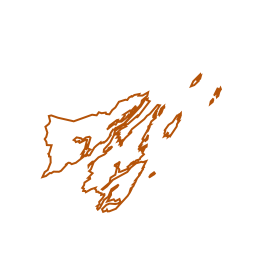 Bodø nor, Nordland, Norway, rotated 143°
{"feature_id": "86288312B60983517204025", "entity_name": "Bodø nor", "entity_type": "district", "adm_level": 2, "iso_a3": "NOR", "parent_name": "Norway", "parent_adm1": "Nordland", "projection": "robinson", "projection_center": [14.703, 67.257], "detail": "fine", "context": "isolated", "style": "outline", "palette": "amber", "viewbox_px": 256, "rotation_deg": 143, "n_neighbors": 0, "source": "geoboundaries", "source_scale": "gbopen_adm2", "svg_char_len": 5923}
<svg xmlns="http://www.w3.org/2000/svg" viewBox="0 0 256 256"><g transform="rotate(143 128 128)"><path d="M181.7,184.2L184.0,185.2L186.1,180.3L188.5,178.9L193.2,178.7L195.2,172.8L198.6,170.1L201.2,169.3L201.5,166.1L203.1,163.2L199.4,160.2L206.0,155.4L207.2,155.3L207.1,154.2L208.2,152.8L207.2,151.7L210.6,146.9L217.3,142.8L221.1,142.9L225.9,140.3L222.4,139.0L217.5,139.1L216.5,138.1L213.7,137.9L209.5,134.6L207.3,134.1L199.2,135.6L199.3,136.2L196.5,136.1L195.4,135.1L194.7,133.0L190.5,131.6L180.2,131.8L179.2,132.3L181.9,133.1L178.3,135.0L180.0,135.5L171.2,138.8L171.0,139.3L172.4,139.4L167.9,143.1L169.0,144.1L175.5,145.2L175.7,145.9L174.7,147.0L178.1,148.2L177.8,149.3L178.6,151.1L174.7,151.4L171.7,148.1L171.4,146.7L171.8,145.7L167.2,145.7L164.1,144.2L163.8,142.8L172.2,136.5L173.6,136.8L174.9,136.1L172.1,136.4L172.3,135.7L171.0,133.5L174.2,133.4L179.4,131.0L176.4,130.9L176.3,129.9L174.9,129.3L166.7,132.6L163.7,132.9L158.3,133.0L158.7,131.9L156.2,131.5L156.1,130.8L152.4,130.9L146.3,132.7L146.6,133.3L144.5,134.5L140.8,135.8L139.9,134.9L137.1,135.8L138.1,135.2L128.4,133.9L115.2,136.4L117.4,137.7L120.6,137.1L120.1,138.0L123.9,137.1L129.3,137.0L132.9,139.2L135.8,138.1L136.9,139.6L145.8,139.4L140.4,140.2L142.5,140.4L141.3,141.0L132.2,141.0L130.9,140.4L131.3,140.0L130.7,138.1L129.7,138.1L123.1,139.7L122.6,140.5L123.4,141.3L115.8,140.8L114.7,139.8L108.3,141.0L111.8,138.4L109.4,138.4L109.9,137.9L109.4,137.5L108.1,137.9L108.6,138.4L107.5,138.1L102.9,139.4L100.3,141.6L93.3,142.0L90.5,144.4L96.9,145.2L100.1,147.5L98.5,148.3L103.0,150.5L105.9,150.6L106.0,151.3L108.9,151.7L111.7,150.8L113.0,152.1L119.5,154.4L125.7,152.0L129.8,151.8L134.6,150.1L137.0,152.3L136.5,153.7L140.2,155.7L141.8,158.1L145.4,157.0L148.7,160.2L167.3,166.0L177.8,178.4L181.7,184.2ZM201.2,81.0L198.4,81.2L190.4,85.0L185.1,85.0L178.0,89.1L169.5,88.5L172.1,87.5L180.0,87.3L181.8,84.8L188.8,81.8L182.3,79.6L182.3,77.2L177.6,76.4L178.5,73.6L181.2,73.6L183.9,74.9L188.2,78.7L191.5,79.6L197.6,78.8L198.3,76.0L194.8,75.0L194.0,75.4L194.4,73.6L193.0,72.7L186.3,70.8L169.2,74.0L165.3,75.4L163.5,76.3L164.5,76.4L162.2,78.1L159.0,78.2L156.9,79.3L157.8,79.9L154.7,80.3L152.1,81.8L152.7,82.0L146.3,83.6L147.1,83.6L146.2,83.9L147.0,84.2L146.4,84.8L144.4,84.8L140.7,86.1L140.3,87.0L137.9,87.2L139.6,87.6L133.3,90.6L136.7,91.7L137.4,92.8L141.6,94.5L141.0,94.9L141.5,95.0L149.6,94.7L155.0,93.3L171.3,95.7L180.0,94.0L185.4,94.0L185.7,94.8L175.6,95.4L171.8,98.8L166.3,98.3L161.2,102.5L160.5,104.1L161.4,105.8L160.7,106.4L158.7,106.2L159.1,105.5L158.6,105.4L157.6,105.7L154.7,106.1L159.8,102.5L159.9,100.1L161.6,98.4L160.4,97.6L153.3,95.7L151.7,96.0L151.8,97.2L146.4,97.4L147.6,97.7L146.9,97.9L143.0,97.6L146.4,97.0L145.6,96.6L141.0,97.2L137.4,95.9L135.9,96.9L131.5,97.3L131.1,97.4L131.5,99.5L129.7,100.4L130.9,100.5L130.9,101.5L127.9,102.3L124.4,101.9L123.3,103.1L128.1,103.8L132.0,103.4L130.9,104.6L132.9,104.5L129.0,105.8L131.0,106.2L122.3,108.9L122.9,109.2L121.6,109.8L122.9,109.8L123.1,110.5L116.2,113.5L113.9,113.7L111.9,114.8L112.7,115.0L111.2,115.6L111.8,115.8L110.8,117.0L107.8,117.0L108.4,117.5L105.4,119.2L99.7,119.4L98.8,120.5L100.1,120.6L96.2,123.0L98.7,122.4L99.7,121.3L101.1,121.7L100.2,122.7L96.9,124.1L97.0,123.9L96.2,123.5L96.5,123.4L96.2,123.4L96.0,123.6L96.9,123.9L88.9,126.9L89.8,127.8L89.2,128.1L91.0,128.0L89.9,128.6L90.9,128.6L102.1,126.1L105.5,126.3L109.7,125.3L125.6,124.7L131.6,122.7L127.1,123.2L128.1,122.5L136.0,121.7L140.9,120.4L143.4,118.2L144.5,118.3L143.3,120.2L143.7,120.1L144.1,120.2L140.8,121.8L142.4,122.1L141.5,123.1L144.0,123.6L141.0,124.8L141.5,125.1L140.4,125.8L142.6,127.0L139.3,127.9L139.7,128.2L138.3,129.0L142.1,130.0L141.0,130.2L141.2,130.9L143.8,130.6L151.3,127.0L160.1,125.3L161.7,123.6L160.3,122.8L156.1,122.6L156.5,123.0L155.5,123.6L151.6,122.7L154.5,121.9L160.8,121.9L160.7,121.2L162.6,121.0L169.2,122.3L175.0,121.5L176.7,122.5L182.0,122.1L182.6,121.1L181.2,121.7L177.7,121.5L176.9,120.8L182.5,117.3L185.0,117.0L183.5,113.2L189.8,112.2L188.4,111.0L188.8,110.2L195.6,110.6L197.5,108.8L200.6,107.7L199.7,106.1L201.7,104.7L200.0,103.4L200.3,102.1L194.2,101.3L189.9,99.8L191.1,99.3L190.8,97.5L191.7,96.0L190.0,94.9L190.3,94.2L188.5,91.7L189.7,90.7L186.7,89.4L187.1,88.6L190.8,87.2L195.5,86.3L196.7,84.2L199.4,84.2L199.0,83.8L201.2,82.2L201.2,81.0ZM99.2,96.1L88.2,99.9L86.5,101.6L83.6,102.5L84.3,102.7L83.2,103.4L83.3,104.7L82.3,104.6L82.5,103.9L81.7,104.1L80.3,104.9L81.5,105.6L78.3,106.2L76.9,108.0L80.3,107.4L81.0,107.5L80.4,108.1L81.1,108.1L80.5,108.5L81.7,108.3L89.0,105.8L93.6,106.1L100.0,104.1L99.9,103.3L102.4,101.6L102.5,100.4L104.1,99.6L102.2,99.2L99.3,100.3L99.1,99.8L101.7,98.0L100.8,97.5L101.1,97.1L100.1,97.2L100.8,96.8L99.1,96.8L99.2,96.1ZM125.9,131.2L111.5,132.3L115.1,131.2L113.3,131.1L94.6,136.3L96.0,138.5L95.0,139.3L96.9,139.5L95.7,140.0L97.2,140.5L105.0,137.6L128.9,133.4L125.9,131.2ZM49.2,122.4L43.2,123.1L42.5,124.4L41.2,124.4L41.5,123.9L40.7,124.0L38.9,125.4L42.6,125.0L42.2,125.5L43.1,125.4L43.2,125.5L42.2,125.8L43.4,125.5L43.8,125.2L43.7,125.5L43.1,125.7L43.7,126.0L38.4,126.1L37.9,127.4L47.8,126.0L52.6,123.4L49.2,122.4ZM134.2,131.4L128.3,130.4L128.5,132.1L130.2,133.2L140.2,133.5L142.8,131.4L138.7,130.5L138.2,130.5L139.7,130.7L134.2,131.4ZM94.4,120.0L94.7,119.5L92.0,120.1L88.0,122.7L86.9,122.4L85.7,123.8L87.3,123.1L86.4,123.8L89.8,123.6L95.2,120.3L94.4,120.0ZM115.3,136.9L112.8,137.1L111.7,139.4L113.9,139.8L116.0,138.9L114.9,138.2L116.1,137.6L115.3,136.9ZM39.8,102.1L35.3,102.9L33.7,104.2L34.5,104.3L32.8,104.7L33.4,104.7L32.0,106.0L39.8,102.1ZM38.4,99.2L36.6,99.3L34.8,100.7L35.7,100.8L33.7,101.7L34.7,101.9L30.5,103.0L30.1,104.3L36.3,101.3L37.1,100.2L35.7,100.5L37.9,99.9L37.8,100.2L38.4,99.2ZM134.9,75.3L133.1,75.7L138.8,75.8L133.0,76.9L138.1,77.0L141.0,75.8L134.9,75.3ZM120.9,107.0L119.0,107.5L116.0,110.4L122.8,107.1L120.3,107.3L120.9,107.0ZM47.9,97.7L44.8,97.8L42.7,99.3L43.5,99.0L44.5,98.9L41.9,100.2L45.9,99.4L47.9,97.7Z" fill="none" stroke="#b45309" stroke-width="2"/></g></svg>